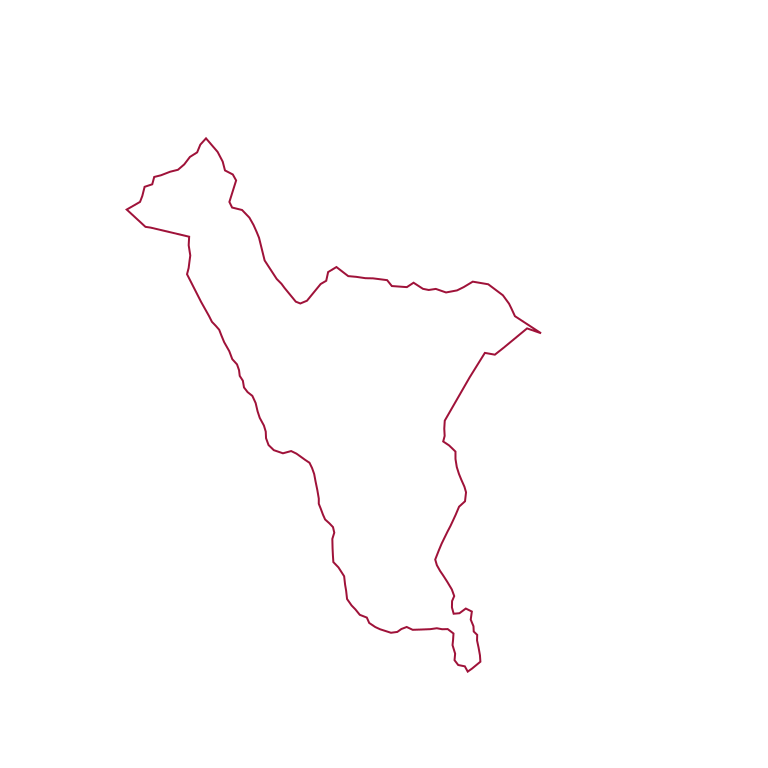 Imaculada, Paraíba, Brazil (Albers equal-area conic projection), rotated 246°
{"feature_id": "56859067B53075607206308", "entity_name": "Imaculada", "entity_type": "district", "adm_level": 2, "iso_a3": "BRA", "parent_name": "Brazil", "parent_adm1": "Paraíba", "projection": "albers", "projection_center": [-37.575, -7.393], "detail": "fine", "context": "isolated", "style": "outline", "palette": "rose", "viewbox_px": 768, "rotation_deg": 246, "n_neighbors": 0, "source": "geoboundaries", "source_scale": "gbopen_adm2", "svg_char_len": 2440}
<svg xmlns="http://www.w3.org/2000/svg" viewBox="0 0 768 768"><g transform="rotate(246 384 384)"><path d="M366.5,548.1L392.7,531.2L400.9,531.1L406.5,530.9L416.7,528.7L432.7,519.8L441.4,506.7L440.1,496.2L439.8,488.8L442.4,477.9L449.8,470.0L451.7,463.1L455.1,458.3L464.5,452.2L463.2,444.3L470.3,431.0L477.6,429.1L485.0,416.9L488.2,410.1L493.2,402.2L497.1,395.2L510.2,388.1L509.0,378.5L501.8,373.2L501.1,366.8L491.4,347.5L491.6,340.3L495.1,336.9L512.2,332.2L517.2,331.1L523.6,328.7L545.4,325.2L568.4,329.3L574.4,329.5L582.3,329.5L590.7,328.7L600.7,325.1L607.0,317.0L613.2,316.8L630.1,331.7L636.9,331.1L643.8,325.6L652.8,327.1L663.7,326.4L680.8,321.3L677.4,313.6L671.6,307.5L670.4,299.1L665.9,290.9L663.5,282.9L664.9,275.0L665.4,265.1L666.6,258.3L660.7,253.5L661.5,245.5L654.1,239.7L649.6,235.2L648.0,219.9L624.6,230.0L621.8,234.4L597.8,265.9L590.2,262.0L580.2,259.3L574.7,255.9L569.4,252.7L564.4,248.7L533.4,250.3L517.1,251.8L510.8,252.1L505.5,254.0L500.6,255.5L494.5,255.2L487.2,255.0L476.9,256.0L468.4,255.5L461.7,257.7L455.6,257.2L450.1,255.5L444.4,256.4L437.8,254.7L432.0,256.1L426.7,258.9L418.8,259.0L410.5,257.4L403.6,256.7L394.9,257.4L388.6,256.6L382.5,254.2L375.2,253.7L368.4,256.4L361.8,263.5L360.5,271.9L356.0,275.7L346.6,281.2L342.3,283.9L336.5,284.1L330.2,283.6L323.1,281.9L314.0,279.9L305.8,277.8L301.1,275.7L295.8,275.5L289.5,275.1L284.2,275.1L278.8,277.5L274.0,279.2L268.4,278.1L263.5,273.8L254.6,270.1L247.9,267.5L241.9,265.3L235.0,267.8L224.6,269.4L216.7,266.9L210.5,265.3L202.6,262.8L194.9,264.3L189.7,266.2L183.0,268.0L177.6,273.3L171.7,273.3L165.5,277.2L161.5,280.7L153.9,289.2L152.1,295.3L153.1,300.2L152.8,305.9L147.8,310.2L144.9,317.3L141.2,326.6L139.4,332.9L136.3,337.4L134.2,342.5L127.8,346.0L122.1,343.0L117.6,340.4L108.7,339.3L103.0,336.1L97.1,337.5L93.2,343.0L87.2,343.5L88.2,348.6L91.1,359.1L97.1,361.3L104.8,363.2L111.9,364.7L116.9,367.1L121.4,365.3L126.3,367.2L133.5,367.4L140.4,371.7L145.6,367.4L143.9,359.7L145.8,354.2L152.3,355.2L158.0,357.9L161.7,361.9L168.7,362.4L177.8,361.3L184.9,360.2L190.4,359.2L197.0,358.6L202.8,359.4L209.9,366.6L214.7,371.7L218.4,376.1L223.5,382.2L227.3,387.0L230.5,390.7L235.4,396.3L241.4,402.7L243.9,410.3L251.7,414.9L257.5,415.7L265.1,415.7L271.4,415.9L278.5,416.7L286.4,418.8L293.2,421.8L301.4,418.5L307.4,414.7L311.9,418.3L318.7,420.9L325.8,424.6L355.2,464.9L371.4,488.8L365.7,497.2L368.4,507.8L376.6,537.3L366.5,548.1Z" fill="none" stroke="#9f1239" stroke-width="2"/></g></svg>